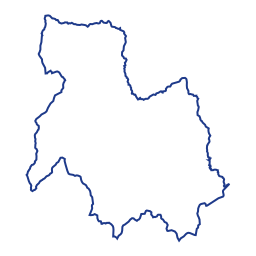 Saraguro, Loja, Ecuador
{"feature_id": "8360857B4776298104783", "entity_name": "Saraguro", "entity_type": "district", "adm_level": 2, "iso_a3": "ECU", "parent_name": "Ecuador", "parent_adm1": "Loja", "projection": "robinson", "projection_center": [-79.307, -3.527], "detail": "fine", "context": "isolated", "style": "outline", "palette": "blue", "viewbox_px": 256, "rotation_deg": 0, "n_neighbors": 0, "source": "geoboundaries", "source_scale": "gbopen_adm2", "svg_char_len": 5705}
<svg xmlns="http://www.w3.org/2000/svg" viewBox="0 0 256 256"><path d="M179.1,240.6L180.8,238.3L183.8,236.4L186.0,234.0L187.3,233.1L188.3,232.8L189.8,233.0L194.6,235.0L195.7,235.1L196.8,228.8L198.1,227.6L198.2,225.4L199.8,224.2L199.5,219.5L198.6,217.0L197.9,215.7L197.3,213.5L198.0,211.4L198.2,208.5L198.9,206.6L199.8,204.8L201.1,204.0L204.6,203.2L205.5,203.9L206.2,205.8L207.1,205.6L218.5,198.2L223.0,196.6L223.6,195.7L223.6,194.6L223.0,192.0L223.0,190.9L223.5,190.0L229.4,183.9L227.2,184.9L226.1,186.4L224.2,186.5L223.9,185.9L224.6,184.5L223.6,181.9L224.1,179.3L223.5,178.2L222.7,177.8L222.4,176.9L219.3,176.1L218.2,174.1L218.3,172.5L217.8,172.2L218.0,171.5L217.6,170.7L217.8,170.3L216.0,169.7L214.1,169.7L213.1,170.2L211.3,170.2L211.2,169.3L210.5,169.1L210.1,168.5L210.5,168.3L210.1,167.8L210.3,167.3L210.0,167.2L210.5,166.6L209.9,166.0L210.3,165.9L210.4,165.5L209.2,164.9L209.6,164.1L209.7,160.9L208.8,160.3L209.2,160.3L209.9,159.2L209.5,159.2L210.2,158.3L209.4,158.1L209.4,157.5L208.5,157.5L208.2,157.2L207.7,155.0L207.9,154.1L207.7,152.8L207.0,151.3L207.2,150.2L206.9,148.3L207.1,145.7L207.5,145.2L207.5,144.7L209.5,141.7L209.3,139.9L208.8,139.0L209.2,137.4L210.3,135.7L209.1,133.6L208.6,132.0L208.4,130.0L208.7,128.4L205.8,126.6L205.1,124.8L202.6,122.5L201.9,121.1L201.2,120.8L200.3,119.4L200.3,118.5L199.5,116.3L197.6,115.1L197.4,112.1L198.2,109.9L198.7,107.3L198.6,106.4L197.9,105.6L197.2,100.9L198.2,98.7L197.6,98.4L197.2,96.9L196.1,96.2L196.2,95.7L193.8,95.9L193.0,94.6L191.6,94.4L190.6,94.0L189.2,94.2L188.8,93.9L188.4,92.8L188.4,90.9L187.0,88.1L186.8,85.2L186.9,82.3L186.5,79.5L186.2,78.8L185.0,77.9L182.2,78.1L180.4,79.6L180.2,80.6L179.0,81.7L172.1,83.7L171.2,84.7L170.3,86.5L168.1,86.6L167.3,87.0L165.9,88.9L166.0,89.8L165.8,90.7L165.2,91.1L163.0,91.4L162.7,92.6L162.3,92.5L161.4,91.4L160.6,91.4L158.4,92.8L156.4,93.4L155.5,94.9L153.4,94.5L151.8,95.4L149.6,96.7L148.7,98.1L147.7,98.8L145.5,98.8L143.6,99.8L142.8,99.1L141.0,99.1L140.1,97.9L139.4,98.4L139.2,99.1L138.0,99.5L136.3,96.9L135.3,94.7L134.3,94.8L133.3,93.7L132.0,93.8L131.8,93.5L132.2,91.4L131.9,90.5L131.1,89.7L131.1,87.8L130.5,86.9L130.4,85.9L129.7,84.9L128.5,84.7L128.6,83.4L127.6,81.7L128.2,79.6L127.6,78.3L126.7,77.8L126.5,76.7L125.5,75.9L125.4,73.8L124.5,71.6L124.6,69.7L124.2,68.6L124.9,67.4L124.2,66.0L125.4,65.4L124.9,62.7L125.6,62.0L126.6,59.9L125.8,58.5L124.5,58.5L124.0,58.2L123.5,56.9L122.2,55.7L122.0,55.2L122.1,52.1L123.5,50.4L123.9,46.2L125.5,43.0L125.8,42.0L125.1,38.0L126.0,36.1L124.1,33.6L124.3,32.4L123.6,31.3L120.2,29.9L120.1,28.2L118.9,28.9L118.1,28.8L116.6,28.1L115.9,28.0L115.6,27.5L114.6,27.0L112.0,26.7L111.4,26.0L110.5,22.8L108.7,21.0L107.8,21.4L106.8,22.9L106.1,23.0L103.6,22.6L102.0,20.9L101.3,20.8L100.6,21.2L99.7,23.2L98.2,23.5L96.7,23.0L94.5,23.4L92.3,24.2L90.3,24.0L89.2,24.8L88.3,26.3L87.6,26.7L86.4,25.6L85.2,25.1L81.5,24.5L79.9,25.0L77.0,24.8L75.3,24.1L74.1,24.2L71.8,22.8L70.5,23.4L69.1,23.2L68.3,23.7L67.7,23.4L67.3,22.5L64.9,22.4L63.8,23.0L61.4,23.5L59.2,22.6L57.7,20.0L56.2,20.1L55.4,19.1L53.7,18.5L52.3,18.4L49.8,15.8L48.2,15.4L45.4,15.8L45.4,16.6L45.0,17.2L44.7,18.8L45.5,20.5L45.3,21.9L45.8,23.5L45.6,25.0L45.2,26.9L44.4,28.3L44.2,29.5L42.9,30.4L42.1,32.2L42.1,33.0L41.6,33.4L42.4,35.5L41.9,35.9L41.4,42.2L40.4,45.6L40.4,49.6L39.5,52.4L38.8,53.5L38.8,54.4L39.7,56.1L42.0,59.3L42.1,61.4L42.5,63.0L45.1,67.8L45.6,73.5L47.2,73.3L47.3,72.9L48.4,72.0L50.5,70.8L50.6,71.1L51.7,71.9L52.0,73.2L56.4,71.6L57.6,71.5L59.3,72.5L61.8,76.7L63.2,77.3L63.7,78.3L64.8,79.4L65.2,80.3L64.6,80.8L64.4,81.6L63.6,82.9L63.1,84.8L63.3,87.9L61.4,90.4L61.4,92.1L55.0,95.4L54.0,98.1L53.3,101.0L50.5,103.5L48.0,107.8L46.5,111.4L45.1,112.6L41.5,114.5L39.7,116.4L36.3,119.0L35.3,120.9L35.6,121.9L36.4,122.8L36.8,124.2L37.5,125.0L38.6,125.7L38.8,126.2L38.7,127.2L38.9,127.8L38.5,129.6L38.0,129.9L36.8,132.3L35.2,134.1L34.8,135.2L35.0,137.8L35.5,139.0L35.2,141.3L35.7,143.2L35.4,144.4L35.2,147.7L35.6,148.4L36.6,149.1L37.4,151.0L36.2,153.8L36.5,156.1L36.4,159.2L36.4,159.6L34.9,161.4L34.9,162.7L34.4,163.4L33.4,164.5L31.8,165.0L30.4,167.0L29.9,168.9L29.2,169.6L28.6,170.9L28.0,171.4L27.4,174.0L26.6,174.9L27.4,176.3L28.9,181.2L29.9,183.4L30.8,184.3L31.3,185.8L30.9,187.7L31.1,188.4L30.9,189.7L31.2,190.3L32.5,191.1L33.5,190.3L34.8,189.9L36.3,188.3L36.0,186.8L36.9,185.0L39.0,183.1L40.0,181.3L40.8,181.0L41.3,180.3L42.3,180.0L43.3,179.0L44.4,178.6L46.5,176.3L48.7,175.4L49.6,174.6L50.2,173.6L51.4,173.1L52.1,172.2L51.9,169.3L52.1,168.1L52.7,167.2L55.7,164.7L56.6,163.0L58.3,162.0L60.5,157.8L62.4,157.6L64.8,159.0L64.6,160.9L65.6,164.8L67.4,170.9L68.6,173.7L69.8,174.3L73.3,174.9L75.0,175.9L76.4,175.4L77.8,175.5L79.9,176.3L80.6,176.9L81.2,180.0L81.9,181.8L83.0,183.4L85.8,185.0L86.7,186.4L87.2,187.7L88.6,188.6L90.0,190.8L90.5,192.9L90.7,195.2L92.2,197.2L93.1,203.9L92.0,205.1L91.9,206.3L92.2,208.1L91.9,209.3L89.6,215.0L90.7,215.2L93.1,214.9L94.7,214.1L97.3,215.4L97.4,218.2L98.2,220.4L99.0,221.3L100.0,221.2L100.9,221.4L101.5,223.8L102.3,223.8L103.0,223.2L105.1,223.1L105.7,223.5L107.0,222.8L108.2,223.0L109.0,222.7L111.4,224.4L112.9,226.2L113.3,227.6L113.5,229.7L113.2,236.5L114.5,236.4L116.7,237.7L117.2,238.5L118.7,235.7L120.6,234.3L121.7,232.8L122.2,230.5L122.4,226.9L123.2,225.4L124.8,224.6L128.7,221.6L130.2,219.6L132.1,218.2L133.6,218.4L134.7,219.5L136.9,220.8L137.5,220.1L138.9,219.5L140.0,218.1L141.3,214.0L144.7,213.8L145.9,211.0L146.8,210.5L150.1,211.2L151.4,212.3L151.2,214.5L152.5,216.0L153.1,217.3L154.3,216.9L155.1,217.1L156.9,216.4L157.6,215.1L158.2,214.7L160.5,214.8L161.1,216.2L161.2,218.3L161.9,219.0L163.0,219.5L164.6,222.0L166.5,222.8L167.7,225.0L166.5,228.6L167.2,230.7L167.9,231.0L171.6,230.2L174.9,231.5L176.6,233.6L177.5,237.7L179.1,240.6Z" fill="none" stroke="#1e3a8a" stroke-width="2"/></svg>